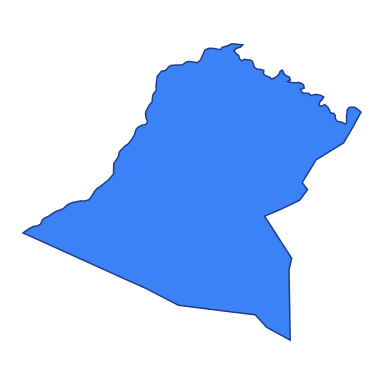 São João da Serra, Piauí, Brazil (Albers equal-area conic projection)
{"feature_id": "56859067B35115025171603", "entity_name": "São João da Serra", "entity_type": "district", "adm_level": 2, "iso_a3": "BRA", "parent_name": "Brazil", "parent_adm1": "Piauí", "projection": "albers", "projection_center": [-41.863, -5.546], "detail": "fine", "context": "isolated", "style": "filled", "palette": "blue", "viewbox_px": 384, "rotation_deg": 0, "n_neighbors": 0, "source": "geoboundaries", "source_scale": "gbopen_adm2", "svg_char_len": 2116}
<svg xmlns="http://www.w3.org/2000/svg" viewBox="0 0 384 384"><path d="M23.0,232.9L122.4,277.9L145.9,288.4L178.5,305.3L232.0,312.0L255.2,314.8L260.0,320.0L266.8,327.4L290.2,340.1L289.0,269.6L291.7,258.3L272.3,228.2L264.6,216.2L281.4,209.0L296.6,201.7L299.6,200.3L307.5,189.7L302.2,182.6L316.1,159.8L343.6,142.9L352.6,127.6L361.0,112.1L358.9,110.3L356.8,108.7L354.9,107.4L352.5,107.2L349.2,107.4L347.1,110.1L347.1,113.0L346.5,115.1L346.6,118.7L346.6,122.5L345.3,124.2L341.3,122.0L336.7,121.1L335.4,118.4L335.3,115.8L334.1,113.5L330.2,112.7L329.3,109.8L327.6,107.1L324.7,104.6L321.4,106.2L319.1,105.3L319.8,101.8L321.8,100.1L323.7,97.0L320.9,95.4L318.7,95.0L316.2,94.3L313.5,94.8L311.0,95.5L308.7,93.4L305.0,93.2L302.1,92.7L300.4,89.4L304.2,88.1L303.6,84.9L301.7,83.6L299.2,82.5L296.4,82.6L293.6,82.7L290.7,82.5L287.6,81.5L290.4,80.0L289.1,76.9L286.8,76.1L284.1,74.0L282.4,70.1L280.1,71.3L279.4,73.7L277.0,76.4L274.0,78.1L271.6,79.1L269.7,77.2L267.4,76.4L265.3,75.5L263.4,73.6L263.8,70.4L260.6,69.4L257.5,69.3L254.5,67.5L253.5,64.4L252.5,61.4L250.3,60.0L247.3,59.8L244.5,59.2L242.1,61.0L239.5,58.9L238.7,55.6L236.5,53.9L233.8,50.8L236.3,48.5L240.6,47.0L242.7,44.8L239.1,44.6L234.8,44.0L231.3,43.9L228.2,45.7L225.6,46.3L222.1,47.5L220.5,49.7L216.6,49.0L212.6,48.3L208.5,48.4L204.8,50.2L202.3,55.9L200.4,60.2L197.2,62.7L192.0,61.8L188.2,61.4L185.6,62.4L182.2,65.0L175.9,65.0L170.6,65.5L168.4,67.1L166.9,69.2L165.0,70.6L161.3,71.3L157.2,76.5L156.0,86.2L156.3,90.2L153.5,93.9L152.6,96.0L152.3,99.1L152.2,101.8L149.3,105.1L146.2,110.9L145.5,113.5L145.9,117.5L147.4,121.0L146.9,123.4L144.9,124.7L141.9,125.2L137.7,127.5L136.0,129.5L134.4,134.8L131.6,139.7L127.7,144.4L125.4,145.6L120.7,150.3L119.2,152.3L118.7,155.6L117.6,157.9L113.8,163.5L113.5,173.9L110.1,178.1L108.1,180.3L103.9,183.5L100.3,186.5L97.1,188.5L94.4,191.6L90.9,197.4L88.9,199.8L86.5,200.5L84.0,201.1L80.5,200.9L76.7,201.7L72.8,202.5L68.9,203.9L66.3,205.7L63.4,208.6L59.0,210.3L55.4,211.7L52.0,213.8L49.0,216.0L45.0,217.9L43.1,219.2L41.8,221.0L40.6,224.1L36.6,226.2L33.8,226.3L29.7,228.3L23.0,232.9Z" fill="#3b82f6" stroke="#1e3a8a" stroke-width="1.5"/></svg>